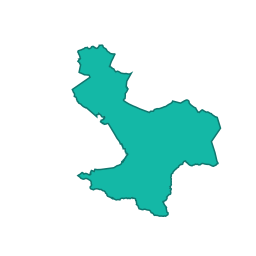 Atzacan, Veracruz, Mexico, rotated 134°
{"feature_id": "50627088B93349532153304", "entity_name": "Atzacan", "entity_type": "district", "adm_level": 2, "iso_a3": "MEX", "parent_name": "Mexico", "parent_adm1": "Veracruz", "projection": "natural_earth1", "projection_center": [-97.077, 18.934], "detail": "fine", "context": "isolated", "style": "filled", "palette": "teal", "viewbox_px": 256, "rotation_deg": 134, "n_neighbors": 0, "source": "geoboundaries", "source_scale": "gbopen_adm2", "svg_char_len": 5790}
<svg xmlns="http://www.w3.org/2000/svg" viewBox="0 0 256 256"><g transform="rotate(134 128 128)"><path d="M181.9,82.1L180.7,81.5L179.2,80.4L179.3,79.7L178.8,79.0L178.2,79.0L177.6,78.3L177.5,77.6L176.9,77.2L175.8,77.0L175.2,76.7L175.1,76.0L175.2,75.6L174.7,75.4L173.7,73.6L174.8,72.0L174.5,71.6L175.7,70.2L176.1,69.4L177.2,68.8L176.9,67.2L177.4,66.0L177.8,65.3L178.4,63.9L177.6,62.5L176.9,61.1L176.2,60.4L175.2,60.0L174.5,59.1L173.7,57.4L172.5,55.8L172.1,54.9L172.8,52.3L172.2,51.6L172.1,50.2L172.4,49.4L172.5,48.4L172.1,47.9L171.7,47.8L171.0,46.7L170.4,46.1L169.5,44.1L168.2,42.9L167.6,42.1L166.8,41.1L166.2,40.9L165.3,39.7L164.6,39.5L163.6,39.4L162.9,39.1L162.1,39.4L161.2,40.3L161.4,41.3L161.4,41.7L159.2,44.8L159.2,44.7L158.5,45.0L158.2,46.3L158.2,47.3L157.6,49.6L156.7,50.9L157.0,51.3L156.6,51.7L156.1,51.2L155.6,51.2L153.8,50.8L153.8,50.6L152.6,50.7L151.3,51.2L150.8,51.8L150.8,52.2L147.3,52.3L146.9,51.8L146.4,51.6L145.8,51.6L145.2,52.0L144.5,52.6L143.8,53.8L142.6,54.1L142.0,54.4L141.7,54.8L142.1,55.5L141.9,55.5L140.8,56.8L140.9,57.0L139.7,57.1L138.6,57.5L138.2,58.2L136.4,59.8L135.7,60.7L134.5,61.5L133.9,62.9L132.4,63.5L131.9,64.3L130.9,64.7L130.2,64.7L129.4,64.4L128.5,65.0L125.6,65.2L124.4,64.9L123.9,65.1L121.9,64.8L121.2,64.5L120.8,64.6L120.0,65.1L119.0,64.9L118.0,64.9L117.5,64.5L117.1,64.6L116.8,63.9L115.9,63.6L114.9,64.3L113.0,64.5L111.8,63.7L112.0,62.7L112.2,62.4L112.2,61.9L111.8,61.1L112.0,60.1L111.9,58.2L111.5,57.0L110.7,55.7L109.5,55.4L108.1,54.5L107.2,54.5L106.5,53.4L105.6,52.7L105.6,51.8L104.5,50.6L102.5,50.3L101.8,49.9L100.8,48.4L100.7,48.0L99.4,46.1L98.0,44.5L97.5,43.4L97.2,42.3L96.8,41.0L96.2,40.0L93.4,38.9L92.3,39.2L91.8,38.8L91.1,38.6L90.6,39.2L90.3,40.6L89.5,41.9L85.3,48.4L79.8,58.6L63.9,61.3L58.4,71.2L59.1,72.8L59.4,72.9L59.4,73.9L59.9,76.6L59.8,78.1L60.5,79.3L60.7,80.7L61.0,81.7L62.3,82.8L63.0,85.5L63.1,86.4L63.4,87.2L63.9,87.4L65.9,87.6L66.8,87.6L67.2,87.5L67.4,88.2L68.0,88.6L67.1,92.0L66.6,93.2L67.3,95.3L67.7,98.9L67.6,101.1L66.4,102.9L66.4,103.4L66.5,104.3L66.8,104.9L67.4,105.5L69.4,106.3L73.6,107.5L77.6,114.6L78.9,114.1L80.6,114.3L83.2,115.2L86.3,115.8L87.7,116.7L89.4,117.4L92.1,118.8L92.7,119.2L93.9,120.5L96.1,121.7L96.9,121.8L97.7,121.5L98.4,121.5L100.3,123.4L102.0,123.4L106.0,132.6L107.3,136.3L108.6,139.6L110.1,144.0L111.0,147.9L111.3,150.3L110.5,151.0L108.9,150.6L106.4,152.6L105.2,153.9L102.9,154.2L99.9,155.1L100.2,156.1L99.3,156.8L99.7,157.9L95.2,161.4L86.3,163.7L87.3,164.0L88.4,164.6L89.3,165.8L90.2,167.4L90.7,167.6L91.7,168.7L93.3,171.0L93.9,173.8L94.4,175.0L96.1,175.8L96.0,177.4L95.4,179.2L95.6,179.8L96.0,180.4L96.1,181.1L95.9,181.2L95.9,182.1L96.3,183.4L96.7,183.9L96.4,184.3L95.7,184.2L94.0,185.2L91.4,186.3L87.4,187.5L86.3,188.0L84.0,188.7L84.2,189.3L85.4,190.4L85.7,191.1L86.3,191.8L86.7,192.7L86.7,194.1L87.1,195.9L86.9,197.4L86.5,198.1L86.5,199.1L87.1,201.5L86.6,203.0L86.2,203.4L86.3,204.1L86.5,204.3L88.5,206.1L88.9,205.7L89.2,205.6L89.9,205.6L90.7,205.4L91.7,205.4L91.7,205.6L92.4,205.8L93.0,206.7L93.1,207.9L93.4,207.9L93.4,209.5L93.6,209.9L94.5,210.5L94.9,210.6L95.0,210.4L96.3,210.3L97.6,210.7L98.4,211.7L98.3,213.2L98.6,213.2L98.9,213.6L100.0,214.6L101.7,214.8L103.0,215.5L103.8,215.7L107.0,217.4L108.2,216.9L108.1,216.4L108.8,215.1L109.0,215.0L109.0,214.3L110.1,212.2L110.4,211.6L111.1,211.0L111.1,210.5L111.5,210.4L111.8,210.7L112.4,211.1L112.4,210.6L114.8,210.4L114.8,207.8L115.3,207.4L115.3,206.2L116.0,205.6L121.9,201.9L121.6,200.7L121.3,200.3L121.2,200.0L120.1,196.8L120.1,196.5L118.1,194.1L117.9,193.7L117.2,193.1L117.1,192.5L117.9,190.6L139.0,194.8L139.3,194.1L139.6,193.2L139.8,192.9L140.2,192.0L140.4,190.5L141.3,189.4L142.6,188.6L142.0,186.8L142.4,185.6L143.2,184.7L143.2,184.4L143.9,183.2L143.8,182.6L144.0,182.4L143.9,181.9L144.3,180.9L144.2,180.4L143.8,179.3L143.5,177.9L143.7,177.4L143.6,175.0L142.8,172.3L142.3,172.1L141.6,158.3L140.4,159.7L139.8,159.5L139.1,158.9L138.3,158.9L137.9,159.2L137.6,156.6L137.6,156.0L138.0,155.3L138.0,154.3L137.4,153.5L136.3,152.8L136.5,152.3L136.8,152.0L137.2,151.8L137.5,152.0L138.5,152.0L138.7,151.5L139.8,151.9L139.8,152.0L141.1,152.7L141.5,152.4L142.5,152.1L142.3,151.5L142.6,151.3L142.5,151.0L142.2,150.2L142.5,149.6L142.1,149.0L141.6,148.8L141.9,147.7L140.3,146.5L139.3,146.2L138.5,145.2L141.6,133.6L143.0,128.8L143.7,124.5L144.8,122.4L144.5,122.0L143.8,121.6L144.3,120.1L144.6,120.3L145.0,119.4L144.9,119.3L145.2,118.6L145.3,118.6L145.8,117.6L146.3,117.0L145.0,115.7L146.9,113.4L146.7,113.1L147.7,111.3L146.9,111.0L147.0,110.0L147.5,109.7L149.5,109.7L149.8,109.5L150.4,109.5L150.6,109.3L151.1,109.4L151.4,109.1L153.6,109.0L153.8,108.5L154.5,108.9L154.8,108.4L155.3,108.1L155.6,108.1L155.6,108.3L155.8,108.1L156.1,108.3L155.9,108.6L156.2,108.8L156.4,108.6L156.5,108.8L156.7,108.4L156.9,108.6L158.2,108.0L159.4,108.0L161.6,108.9L162.6,109.6L166.5,110.6L176.8,118.8L179.3,121.2L180.7,123.1L182.8,122.2L183.1,122.8L183.3,123.5L184.0,124.8L186.4,123.9L186.2,123.6L186.3,123.4L187.0,122.9L187.1,122.7L187.7,122.7L187.8,123.2L188.7,123.3L189.3,125.4L189.8,126.5L190.6,127.3L191.3,127.5L191.8,127.9L191.8,128.3L191.6,128.9L191.8,129.9L192.0,130.1L194.9,130.4L196.3,130.9L197.1,131.0L196.8,128.7L196.7,128.0L196.9,127.5L196.8,126.8L196.0,124.8L195.4,124.2L194.1,123.7L193.3,123.0L192.7,121.9L192.6,121.4L192.5,120.9L192.0,119.0L192.0,118.2L192.1,117.6L192.9,116.4L193.8,115.6L194.0,114.9L195.0,114.2L196.3,114.4L196.9,114.1L197.5,113.3L197.6,112.5L196.5,110.1L196.3,109.8L195.3,109.7L193.5,108.4L192.4,106.8L192.1,105.9L190.8,104.5L190.8,103.8L190.6,102.6L189.9,101.4L189.8,100.1L189.9,99.5L190.3,99.2L190.4,98.9L190.3,97.2L191.0,96.4L191.2,95.3L190.1,92.5L189.7,90.4L189.0,90.9L188.7,89.6L189.1,89.3L188.6,88.5L188.1,86.9L187.8,86.4L186.5,85.6L185.3,83.9L184.3,84.3L183.1,83.9L182.0,82.8L181.9,82.1Z" fill="#14b8a6" stroke="#0f766e" stroke-width="1.5"/></g></svg>